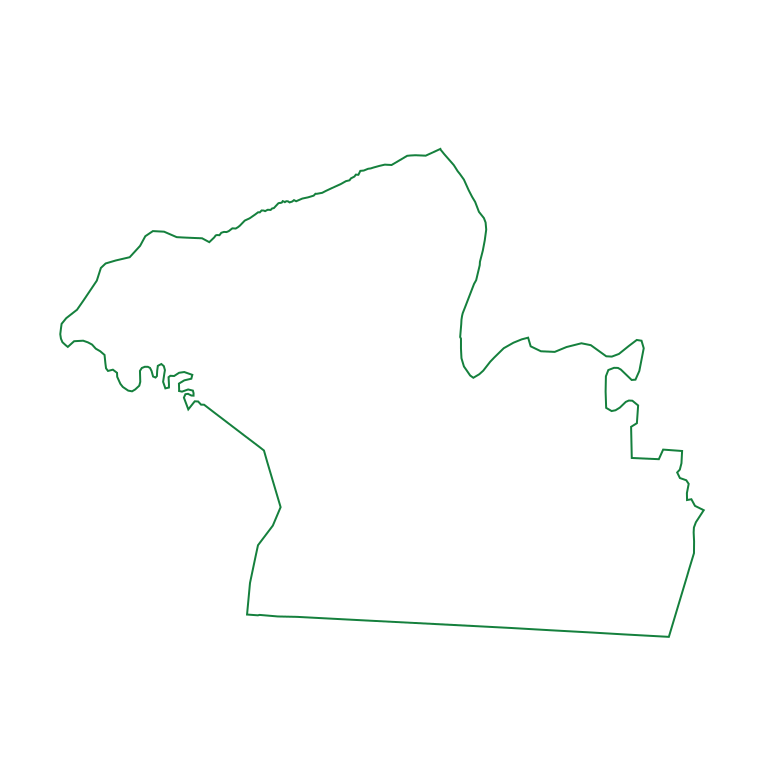 outline of Foni Bintang Karanai, West Coast, Gambia, rotated 3°
{"feature_id": "56634734B67575656085362", "entity_name": "Foni Bintang Karanai", "entity_type": "district", "adm_level": 2, "iso_a3": "GMB", "parent_name": "Gambia", "parent_adm1": "West Coast", "projection": "natural_earth1", "projection_center": [-16.253, 13.246], "detail": "fine", "context": "isolated", "style": "outline", "palette": "green", "viewbox_px": 768, "rotation_deg": 3, "n_neighbors": 0, "source": "geoboundaries", "source_scale": "gbopen_adm2", "svg_char_len": 3516}
<svg xmlns="http://www.w3.org/2000/svg" viewBox="0 0 768 768"><g transform="rotate(3 384 384)"><path d="M525.5,330.2L519.2,332.2L511.1,336.0L501.7,342.0L492.7,351.8L488.9,356.2L482.4,365.5L478.6,369.3L472.9,373.1L469.6,371.0L466.7,367.2L465.7,365.9L462.9,362.3L460.0,354.2L459.0,344.4L458.5,334.7L457.6,333.1L458.0,320.0L458.0,315.7L458.4,311.9L458.9,309.2L461.2,302.3L468.7,279.3L470.6,275.5L473.4,260.3L473.4,257.0L475.7,245.6L477.1,235.3L477.5,230.4L478.0,224.4L477.0,217.4L475.1,213.1L469.8,207.1L465.5,197.4L462.2,192.5L458.4,186.0L453.1,175.7L448.8,170.3L446.4,167.6L444.0,164.2L442.2,161.7L432.2,151.4L428.3,147.1L428.0,146.3L413.7,153.8L403.4,153.9L398.6,154.4L395.2,154.9L380.1,164.9L373.3,164.9L368.1,166.4L362.1,168.4L359.5,169.4L356.9,169.9L352.6,171.9L349.2,172.4L347.5,176.4L344.9,176.4L343.6,178.4L340.2,180.4L338.9,182.4L335.4,183.4L330.7,186.4L321.3,191.3L315.7,194.3L312.3,196.3L306.9,197.6L305.6,197.6L303.9,199.6L298.3,201.6L292.7,203.1L286.7,206.1L284.5,205.1L282.8,206.6L280.2,207.6L278.5,206.6L276.8,206.6L275.5,207.6L274.6,207.1L273.3,206.7L272.5,208.1L271.2,208.6L269.9,208.7L269.0,209.1L264.8,214.1L263.0,214.6L261.7,216.1L258.7,216.1L256.2,217.6L254.9,217.1L252.7,217.1L251.0,219.1L249.3,219.1L246.3,221.6L241.1,225.6L237.3,227.6L236.4,228.1L231.7,233.5L230.0,235.0L227.8,236.5L224.4,236.5L220.9,239.5L218.8,240.5L216.2,240.5L213.6,241.5L211.9,244.0L209.3,244.0L208.1,244.5L206.8,246.5L202.1,251.5L194.7,248.0L188.3,248.1L177.5,248.2L169.3,248.2L156.4,243.4L145.2,243.4L137.9,248.9L133.2,258.8L123.4,270.7L109.6,274.7L99.7,278.2L95.2,282.9L91.8,295.8L79.4,316.5L73.5,326.0L72.4,326.9L63.2,334.9L58.9,340.8L58.5,345.3L58.1,351.2L59.0,355.6L60.7,359.1L64.2,362.0L66.3,363.5L72.3,357.5L81.3,356.5L86.1,357.9L90.4,359.9L94.3,363.8L99.0,366.2L100.0,367.0L103.4,369.6L104.7,378.0L105.6,382.9L107.7,385.4L112.5,383.9L116.8,386.8L117.2,390.8L120.7,397.6L123.3,400.6L128.9,404.0L132.8,404.5L135.8,402.5L139.7,398.5L140.5,394.6L139.6,383.7L141.3,380.7L144.3,379.3L147.3,379.2L149.5,380.2L151.2,383.2L153.0,388.6L155.5,389.5L156.8,388.0L156.8,382.6L157.2,377.7L160.6,375.7L163.2,377.7L164.5,381.6L164.1,385.0L163.3,393.4L165.9,399.8L169.4,398.8L169.3,395.9L168.5,388.5L170.2,387.0L174.0,387.0L178.8,383.5L183.9,382.5L192.1,384.9L191.3,388.8L184.4,390.8L179.2,394.3L179.7,400.2L179.7,401.7L182.7,402.2L188.7,399.7L193.5,400.6L194.3,403.1L194.4,405.6L192.2,405.6L188.8,404.1L186.2,404.6L184.9,408.1L189.9,419.6L195.9,411.2L199.3,411.2L202.4,414.2L205.4,414.1L215.4,421.0L217.3,422.3L247.3,442.8L263.2,453.6L267.6,456.7L271.5,468.1L287.2,512.4L280.4,531.2L266.6,551.6L265.0,561.5L260.6,589.7L259.3,621.4L270.2,621.6L271.8,621.1L290.2,621.7L309.2,621.1L339.8,621.1L377.4,621.1L490.5,621.0L493.2,621.0L524.2,621.0L563.8,621.2L604.2,621.3L637.0,621.5L681.7,621.6L696.8,559.7L698.2,553.7L702.4,536.7L701.9,524.9L701.5,521.1L701.0,516.0L701.0,511.1L702.7,505.7L709.9,493.3L700.9,489.4L697.0,483.0L692.7,484.0L692.2,477.1L693.5,467.8L690.9,464.3L684.4,462.4L681.4,457.0L683.9,454.0L685.2,447.6L685.2,435.3L666.2,434.9L662.4,444.7L635.3,444.9L633.0,413.8L638.6,409.9L638.9,392.1L632.9,387.7L629.4,387.7L626.4,389.2L620.8,395.2L616.6,398.1L612.7,399.1L607.1,396.2L605.7,380.0L605.2,364.7L607.3,358.3L612.9,355.8L616.8,355.7L619.8,357.2L631.1,367.0L634.9,366.5L638.3,357.6L641.5,334.7L638.9,327.3L634.1,326.8L626.4,333.3L617.0,341.7L610.1,344.7L604.5,344.7L588.5,334.4L579.0,333.0L565.4,337.2L564.4,337.5L552.8,343.0L539.0,343.1L528.5,338.7L525.5,330.2Z" fill="none" stroke="#15803d" stroke-width="2"/></g></svg>